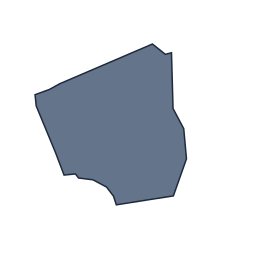 Candler, Georgia, United States of America (Mercator projection), rotated 144°
{"feature_id": "52423323B29086368153286", "entity_name": "Candler", "entity_type": "district", "adm_level": 2, "iso_a3": "USA", "parent_name": "United States of America", "parent_adm1": "Georgia", "projection": "mercator", "projection_center": [-82.052, 32.414], "detail": "fine", "context": "isolated", "style": "filled", "palette": "slate", "viewbox_px": 256, "rotation_deg": 144, "n_neighbors": 0, "source": "geoboundaries", "source_scale": "gbopen_adm2", "svg_char_len": 420}
<svg xmlns="http://www.w3.org/2000/svg" viewBox="0 0 256 256"><g transform="rotate(144 128 128)"><path d="M154.6,58.4L131.2,46.4L98.8,68.7L83.3,94.7L82.2,102.5L80.1,117.3L48.6,163.3L54.5,165.7L58.9,181.6L157.0,203.9L169.0,205.4L183.6,209.6L189.3,199.8L201.1,150.7L207.4,127.5L197.5,121.7L197.4,116.6L186.8,106.7L180.1,92.9L179.8,81.4L182.6,72.7L154.6,58.4Z" fill="#64748b" stroke="#1e293b" stroke-width="1.5"/></g></svg>